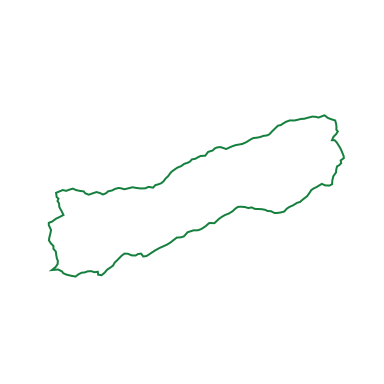 Pacaembu, São Paulo, Brazil, rotated 65°
{"feature_id": "56859067B55834981696597", "entity_name": "Pacaembu", "entity_type": "district", "adm_level": 2, "iso_a3": "BRA", "parent_name": "Brazil", "parent_adm1": "São Paulo", "projection": "robinson", "projection_center": [-51.275, -21.497], "detail": "fine", "context": "isolated", "style": "outline", "palette": "green", "viewbox_px": 384, "rotation_deg": 65, "n_neighbors": 0, "source": "geoboundaries", "source_scale": "gbopen_adm2", "svg_char_len": 2762}
<svg xmlns="http://www.w3.org/2000/svg" viewBox="0 0 384 384"><g transform="rotate(65 192 192)"><path d="M203.5,352.0L205.6,346.2L209.0,343.4L211.2,343.0L213.2,341.3L215.0,339.3L217.6,335.9L219.4,333.3L218.6,329.6L218.5,326.1L219.6,323.1L219.8,320.1L221.2,316.7L223.4,314.4L224.5,311.1L227.2,312.0L229.2,309.2L228.2,305.3L226.6,301.9L226.1,298.8L225.4,294.8L223.2,291.7L222.3,288.8L220.9,285.1L219.9,282.4L219.3,279.2L220.9,276.2L224.0,273.4L225.7,269.9L225.4,267.2L226.3,264.2L229.9,263.4L230.8,260.2L230.3,256.5L229.4,250.4L229.0,245.0L229.1,241.5L229.1,236.3L228.6,232.4L227.8,229.2L226.9,225.1L228.4,221.2L228.8,218.2L227.7,215.5L226.6,213.0L227.4,206.8L229.2,202.8L229.5,199.2L228.7,193.9L227.4,189.6L229.7,184.8L227.7,178.8L227.1,175.2L226.8,171.5L227.1,167.9L226.6,163.4L225.4,159.8L224.9,156.7L226.0,153.9L228.0,150.4L230.4,147.7L231.2,144.4L233.9,142.2L235.9,138.2L237.1,136.0L239.0,133.3L241.0,131.7L242.9,128.4L245.7,126.3L246.8,124.2L247.9,120.8L248.7,116.8L247.2,113.2L246.7,110.2L246.8,106.3L246.2,101.3L246.7,98.3L245.6,94.7L244.5,89.5L242.5,86.0L240.6,82.9L240.2,80.2L240.2,77.6L239.9,74.6L239.5,70.9L242.3,68.5L244.3,64.6L244.1,61.7L240.9,60.0L237.5,57.3L235.1,53.2L232.5,51.7L230.1,49.7L229.9,47.1L228.9,44.6L226.2,43.9L225.5,40.1L223.2,39.3L220.7,39.2L216.3,39.0L212.6,39.3L208.1,39.9L205.3,40.9L204.2,43.2L201.7,40.4L200.5,37.0L198.8,34.3L196.4,34.8L193.9,33.5L191.2,32.6L187.7,32.0L185.6,34.3L182.4,37.5L178.5,39.5L178.2,43.2L178.0,45.9L176.2,48.0L174.5,51.1L173.6,55.9L173.0,59.6L171.9,62.0L171.2,65.7L170.5,68.9L168.5,73.0L168.1,77.0L168.4,80.4L168.9,83.2L168.2,86.0L169.1,88.7L170.9,93.8L172.4,97.5L172.4,100.2L171.3,103.6L171.0,107.1L170.0,110.9L169.0,113.5L169.2,117.2L169.8,122.0L169.7,126.1L167.9,132.9L167.6,136.0L167.5,139.2L167.5,142.8L163.4,147.1L162.3,149.9L162.1,152.7L163.1,155.7L162.5,160.5L164.7,164.7L163.0,168.9L163.0,171.6L163.3,174.7L162.4,178.4L163.5,180.8L163.7,183.5L163.2,187.1L164.0,191.1L163.7,194.6L164.7,200.8L165.7,203.7L167.5,206.8L168.7,210.4L170.2,213.0L171.0,216.0L170.9,218.7L170.3,222.3L171.6,225.4L169.0,229.2L168.9,232.9L167.2,236.8L164.5,241.2L162.6,243.8L161.6,248.9L160.9,252.2L158.6,254.8L157.3,256.9L156.7,260.3L156.8,264.0L155.9,267.6L156.8,270.6L156.6,273.8L153.9,276.0L151.7,278.6L151.3,281.9L150.8,286.7L148.1,289.3L145.7,289.9L143.7,293.0L141.2,296.4L138.6,298.5L138.1,301.7L137.8,305.5L135.6,308.3L135.5,311.0L135.3,315.5L139.4,316.8L141.6,315.8L143.3,317.7L146.1,317.3L149.5,318.6L154.4,318.3L158.5,318.2L158.7,322.6L158.7,326.4L159.7,331.3L159.4,334.8L161.6,335.8L166.9,335.8L170.0,338.1L172.8,340.4L175.3,342.1L178.7,341.7L182.4,340.4L184.9,341.6L188.4,340.6L191.5,341.6L195.2,342.6L197.5,342.6L200.5,344.2L202.4,347.4L203.5,352.0Z" fill="none" stroke="#15803d" stroke-width="2"/></g></svg>